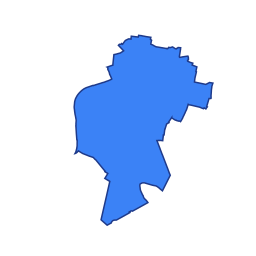 Middelburg, Zeeland, Netherlands, rotated 118°
{"feature_id": "6326949B99945652837924", "entity_name": "Middelburg", "entity_type": "district", "adm_level": 2, "iso_a3": "NLD", "parent_name": "Netherlands", "parent_adm1": "Zeeland", "projection": "albers", "projection_center": [3.627, 51.502], "detail": "fine", "context": "isolated", "style": "filled", "palette": "blue", "viewbox_px": 256, "rotation_deg": 118, "n_neighbors": 0, "source": "geoboundaries", "source_scale": "gbopen_adm2", "svg_char_len": 5024}
<svg xmlns="http://www.w3.org/2000/svg" viewBox="0 0 256 256"><g transform="rotate(118 128 128)"><path d="M177.5,126.7L177.6,124.5L180.3,124.6L183.4,124.8L183.7,119.0L199.1,114.8L221.7,108.7L222.2,106.7L223.6,100.8L219.7,98.2L219.0,98.3L218.6,98.4L218.2,98.3L217.8,98.2L217.4,98.1L217.1,98.0L216.8,97.8L216.6,97.7L216.3,97.4L215.8,96.9L215.4,96.2L214.7,95.0L201.9,86.7L201.8,87.1L201.7,87.5L201.4,87.5L201.4,87.4L201.3,87.2L201.2,87.1L201.0,86.9L200.3,86.7L200.2,86.7L199.9,86.4L199.6,86.1L199.5,85.9L199.4,85.7L199.3,85.0L184.5,75.4L183.9,76.5L183.7,77.1L183.4,77.7L182.9,79.2L182.8,79.9L182.6,80.3L182.4,80.8L182.2,81.2L182.0,81.5L181.7,81.9L181.5,82.1L181.0,82.5L180.5,83.1L180.2,83.8L178.8,85.6L177.6,87.2L176.6,88.2L174.9,89.4L174.1,90.0L173.6,90.4L173.1,90.6L172.7,90.8L171.9,91.0L171.7,91.0L170.0,89.8L169.8,89.6L169.6,89.4L169.4,89.0L169.1,88.5L168.9,88.1L168.7,87.7L168.6,87.2L168.5,86.6L167.1,79.9L166.8,78.7L166.1,76.5L166.0,75.9L166.0,75.4L166.0,74.9L166.2,73.3L166.4,72.2L166.7,71.2L166.8,70.6L166.9,70.2L167.3,68.1L149.9,68.5L149.4,69.1L149.2,69.3L148.7,70.0L147.0,71.9L146.4,72.6L144.7,74.5L144.2,75.1L135.4,85.2L135.2,85.5L134.0,86.9L133.7,87.2L132.6,88.5L130.8,90.5L125.5,96.6L124.6,94.9L124.5,95.0L123.6,93.2L122.9,91.4L117.5,93.5L117.2,92.9L112.2,94.8L112.2,94.7L106.3,95.8L105.3,95.1L105.1,95.1L104.0,94.3L103.6,94.9L98.4,94.3L98.6,94.2L98.6,93.9L98.6,93.4L98.7,92.2L98.7,91.9L98.7,91.7L98.8,91.2L98.8,90.5L98.8,90.1L98.8,89.9L98.8,89.7L98.7,89.5L98.5,89.1L98.5,88.9L98.6,88.3L98.6,88.2L98.3,87.3L98.2,86.6L97.9,86.1L97.7,85.8L97.7,85.5L97.6,85.1L97.7,84.6L96.6,84.5L96.4,84.5L93.7,84.4L93.2,84.5L91.7,84.6L91.0,84.6L90.3,84.6L89.8,84.6L89.6,84.7L88.1,84.7L86.4,84.9L84.6,84.9L83.3,85.1L79.0,85.9L79.1,85.7L78.2,83.0L76.5,76.5L76.4,76.2L76.0,74.6L75.9,74.1L75.9,73.8L75.7,71.5L75.5,70.5L75.5,70.4L75.2,70.3L74.8,70.3L74.6,70.3L74.5,70.2L74.5,69.3L74.6,68.2L74.3,68.2L73.3,68.1L72.1,67.9L72.1,68.6L63.9,70.3L63.1,68.7L62.9,68.6L61.8,69.1L60.8,69.7L60.2,70.0L57.0,71.4L55.3,72.2L52.3,73.3L52.1,73.5L50.3,73.8L49.9,73.9L48.5,74.1L49.5,77.2L49.5,77.3L53.0,79.8L53.6,82.0L54.1,83.7L55.1,87.1L56.2,90.9L52.6,92.3L46.2,94.0L46.2,94.6L41.7,95.9L42.3,100.9L40.3,101.2L40.3,101.3L40.4,101.5L40.5,102.1L40.7,103.3L40.8,103.8L40.9,104.2L40.9,104.8L41.0,106.6L40.8,107.0L40.4,107.1L39.4,106.9L39.2,106.9L38.9,107.0L38.9,106.9L38.6,107.0L38.3,107.3L38.1,107.5L37.8,107.6L37.7,107.7L37.4,107.8L36.4,108.8L36.6,109.2L39.2,112.7L39.4,113.0L39.8,113.5L40.1,113.8L40.9,114.9L41.3,115.3L41.4,115.6L41.1,116.0L40.8,116.2L40.5,116.3L33.5,118.7L33.2,118.9L32.4,119.2L32.5,119.4L33.3,121.3L33.5,121.6L34.1,121.7L34.4,122.1L34.5,122.1L35.2,122.4L35.3,122.4L35.5,122.6L35.6,122.9L35.7,123.4L35.8,123.8L35.7,124.2L35.5,126.7L35.6,126.9L35.7,127.0L36.4,127.6L36.6,127.9L37.1,128.3L37.3,128.6L37.4,128.8L37.4,129.0L37.5,129.5L37.6,129.8L37.7,130.0L37.9,130.0L38.0,130.0L38.3,130.0L38.7,130.1L39.1,130.1L39.3,130.2L39.4,130.3L39.5,130.4L39.5,130.6L39.5,130.8L39.6,131.1L39.9,131.4L39.8,131.7L39.9,131.8L42.5,139.6L43.1,141.2L43.2,143.5L43.2,143.8L43.1,144.0L43.1,145.5L43.3,147.1L43.2,147.3L40.3,148.2L39.5,148.3L39.4,148.4L39.3,148.6L39.3,149.4L39.3,149.7L39.2,149.8L38.5,150.1L38.1,150.1L37.9,150.2L37.5,150.3L37.2,150.4L38.9,155.2L39.0,155.6L39.3,156.6L40.0,158.7L40.0,159.0L40.3,159.8L41.2,162.1L41.5,162.0L42.9,161.7L45.4,168.2L47.4,167.4L48.1,167.1L48.2,167.4L48.5,168.2L48.8,168.8L49.0,169.2L49.2,169.5L49.4,169.6L49.5,169.7L49.7,169.8L51.6,171.2L52.0,171.4L52.3,171.5L52.8,171.6L56.6,172.1L56.4,173.3L57.4,173.5L58.0,174.7L58.1,174.9L59.5,175.3L61.9,168.1L63.8,169.1L65.4,170.0L67.6,172.4L67.9,172.6L69.8,174.9L73.8,173.3L79.7,170.9L79.9,171.2L84.0,175.0L84.0,174.7L84.1,174.4L84.7,173.8L84.9,173.7L85.0,173.6L85.4,173.6L85.5,173.5L85.9,173.1L86.0,173.0L86.7,171.9L87.9,170.5L88.0,170.4L88.9,169.7L89.2,169.4L90.5,167.6L92.0,165.8L92.3,165.4L92.5,165.3L93.6,166.1L95.0,167.2L95.6,167.7L97.4,169.4L98.5,170.3L99.0,170.7L99.0,170.8L100.2,172.1L101.1,172.9L102.5,174.3L103.6,175.4L105.0,176.8L105.9,177.6L106.3,178.1L106.8,178.5L106.8,178.9L111.5,183.3L111.7,183.5L112.8,184.4L113.5,184.8L113.8,185.1L114.4,185.4L116.0,186.2L116.8,186.5L117.6,186.8L118.2,187.0L119.6,187.4L120.4,187.6L121.9,187.9L122.7,188.0L123.6,188.1L124.2,188.1L124.7,188.1L125.7,188.1L126.4,188.1L127.4,188.0L128.1,187.8L128.8,187.7L129.9,187.4L132.3,186.4L134.5,185.5L135.2,185.1L136.4,184.3L136.6,184.1L138.4,182.9L139.6,182.0L140.6,181.3L142.0,180.1L144.8,177.9L145.5,177.4L146.8,176.8L148.4,176.1L149.5,175.5L150.1,175.2L150.5,175.1L151.4,174.5L153.7,173.1L155.0,172.3L157.3,170.9L162.5,167.6L162.5,167.2L166.6,165.1L167.3,164.7L168.1,164.4L168.8,164.1L169.5,163.9L170.3,163.6L170.8,163.5L172.0,163.2L173.2,162.9L174.6,162.8L175.4,162.8L175.0,162.4L174.6,162.2L174.1,161.8L173.7,161.7L173.2,161.5L172.6,161.3L172.1,161.2L171.5,161.1L171.8,156.1L171.2,150.8L171.0,148.8L170.9,148.7L170.9,148.4L170.3,144.8L171.2,142.3L171.1,141.9L176.8,128.3L176.9,128.1L176.9,127.9L177.4,127.9L177.5,126.7Z" fill="#3b82f6" stroke="#1e3a8a" stroke-width="1.5"/></g></svg>